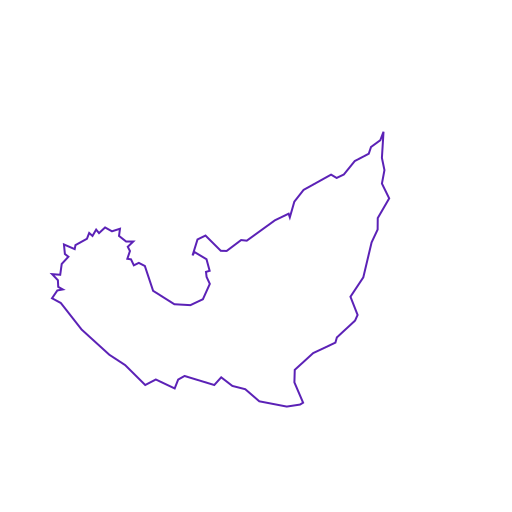 the district of Sopishte, Sopište, North Macedonia, rotated 227°
{"feature_id": "65306769B38681121769962", "entity_name": "Sopishte", "entity_type": "district", "adm_level": 2, "iso_a3": "MKD", "parent_name": "North Macedonia", "parent_adm1": "Sopište", "projection": "mercator", "projection_center": [21.357, 41.849], "detail": "fine", "context": "isolated", "style": "outline", "palette": "violet", "viewbox_px": 512, "rotation_deg": 227, "n_neighbors": 0, "source": "geoboundaries", "source_scale": "gbopen_adm2", "svg_char_len": 1294}
<svg xmlns="http://www.w3.org/2000/svg" viewBox="0 0 512 512"><g transform="rotate(227 256 256)"><path d="M259.9,434.0L255.9,425.9L257.3,414.5L253.9,408.2L258.1,393.0L255.7,375.8L258.1,368.2L264.3,366.4L271.9,335.9L269.6,321.1L261.2,307.1L264.7,308.7L269.2,294.2L273.5,259.7L277.8,256.0L279.7,238.0L283.8,233.8L305.4,233.0L308.0,224.5L299.7,210.0L300.9,213.7L287.4,217.6L276.8,212.0L278.5,208.6L274.4,205.6L267.1,203.2L260.6,187.7L264.8,174.5L276.4,163.4L300.7,157.0L324.5,167.9L330.9,165.6L332.5,160.3L338.8,162.3L341.7,160.0L345.6,167.2L350.2,168.5L350.3,176.1L355.1,170.9L364.1,169.5L368.7,175.1L372.3,167.5L379.8,165.1L379.8,156.8L384.3,157.1L382.2,150.1L386.6,149.7L383.9,144.1L387.1,131.4L384.7,128.1L395.4,123.4L387.8,117.6L383.4,118.3L382.7,108.5L375.8,100.0L381.8,94.5L373.4,94.6L368.3,90.3L363.3,91.9L366.3,87.2L364.2,78.0L354.7,81.2L321.1,78.3L283.7,81.4L265.4,85.9L237.2,87.0L234.0,98.5L214.6,106.2L218.7,114.8L217.0,121.9L190.1,137.5L191.0,147.8L177.1,150.1L165.9,157.3L147.5,159.3L124.9,175.8L117.3,186.9L116.6,190.4L137.4,197.9L146.3,206.7L146.0,231.6L138.5,255.0L141.3,259.6L141.2,284.4L143.6,290.1L161.8,297.3L167.2,319.9L187.1,349.8L192.4,363.0L200.7,370.9L207.3,392.7L223.1,397.5L231.2,408.5L241.9,415.0L259.9,434.0Z" fill="none" stroke="#5b21b6" stroke-width="2"/></g></svg>